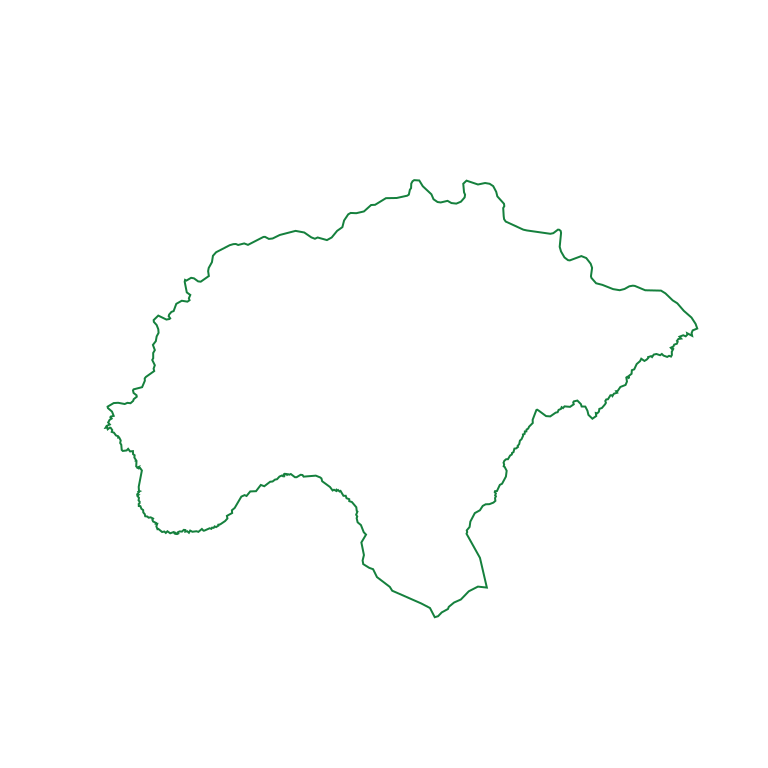 outline of Chembe, Luapula, Zambia, rotated 134°
{"feature_id": "96606910B10415646720486", "entity_name": "Chembe", "entity_type": "district", "adm_level": 2, "iso_a3": "ZMB", "parent_name": "Zambia", "parent_adm1": "Luapula", "projection": "orthographic", "projection_center": [28.787, -11.746], "detail": "fine", "context": "isolated", "style": "outline", "palette": "green", "viewbox_px": 768, "rotation_deg": 134, "n_neighbors": 0, "source": "geoboundaries", "source_scale": "gbopen_adm2", "svg_char_len": 6154}
<svg xmlns="http://www.w3.org/2000/svg" viewBox="0 0 768 768"><g transform="rotate(134 384 384)"><path d="M516.5,185.5L513.5,183.8L508.2,183.8L501.4,181.7L499.3,182.6L492.5,181.8L485.6,179.0L474.2,179.0L464.5,175.7L459.0,168.6L442.4,194.2L434.4,220.6L432.7,221.3L431.8,222.8L427.4,223.1L423.0,226.3L413.8,229.0L408.2,227.3L403.1,228.3L399.9,227.3L397.2,224.7L393.3,222.9L390.7,222.7L388.9,224.9L387.0,225.5L386.9,226.7L385.0,227.5L384.9,229.2L384.0,229.7L382.5,228.4L376.1,230.6L373.7,229.8L365.9,232.0L361.2,235.5L359.8,239.7L360.1,240.7L358.4,241.7L357.6,243.3L355.6,244.1L353.3,243.9L352.0,242.6L347.9,243.6L345.9,243.1L344.6,244.0L343.1,243.5L339.9,245.3L338.5,244.2L336.2,243.9L335.8,244.8L333.3,245.0L330.3,246.9L328.3,246.7L324.5,248.0L323.8,249.0L322.2,248.2L320.3,249.7L319.2,248.7L317.7,249.8L315.9,249.3L313.9,250.0L308.7,249.9L306.5,252.2L296.9,256.3L296.1,256.0L295.7,254.3L294.5,245.1L291.8,241.9L285.3,240.6L283.7,239.5L281.3,240.4L279.1,239.4L277.3,240.1L277.0,238.5L274.7,238.6L271.2,234.3L266.8,233.4L265.8,235.1L264.7,235.4L261.6,233.4L261.7,228.4L262.9,226.2L260.4,223.5L261.9,219.1L264.2,215.5L264.2,210.0L259.6,209.1L257.7,211.5L256.9,210.2L254.6,210.2L252.3,211.8L249.9,210.6L245.0,210.9L243.4,211.3L242.5,213.0L240.7,213.4L239.4,212.3L234.8,213.3L233.8,212.3L234.0,211.3L231.3,211.9L228.3,210.2L227.9,212.0L226.7,211.1L221.9,211.9L216.9,209.6L213.5,210.9L211.0,214.2L209.9,214.0L209.7,212.2L209.2,212.2L208.2,213.5L204.7,213.0L201.9,215.3L199.6,214.2L194.1,216.1L189.7,215.7L187.1,216.5L186.5,212.7L184.0,212.0L181.7,212.0L181.2,212.7L178.4,211.2L178.4,209.9L175.5,210.4L173.2,208.9L171.5,205.4L169.4,205.0L169.4,202.7L167.8,199.1L165.7,198.5L164.9,196.6L163.1,197.1L160.9,199.4L157.8,200.3L157.8,201.1L158.8,201.4L158.7,202.9L155.9,201.9L154.1,202.6L151.6,201.3L149.6,202.1L149.5,203.2L147.1,203.5L144.9,201.8L144.7,204.3L141.1,202.6L140.1,200.1L137.6,200.1L136.9,201.2L135.3,195.8L133.7,198.1L131.0,199.2L126.5,197.2L124.3,201.6L122.6,209.0L123.1,219.2L122.2,229.1L123.3,234.4L123.3,244.5L124.4,249.6L135.1,261.2L139.2,271.7L140.4,273.3L143.3,275.4L148.6,277.0L152.8,279.6L156.6,285.1L161.0,295.8L164.2,301.4L163.6,308.5L162.7,310.0L155.9,315.0L153.9,318.9L152.9,326.0L154.9,330.9L166.0,336.2L167.1,337.7L167.6,342.1L165.7,348.7L163.3,352.9L152.3,361.6L151.2,363.2L151.3,365.0L152.1,366.1L157.9,367.0L160.4,368.7L174.3,387.9L176.2,391.0L182.6,409.3L182.0,412.1L180.2,414.4L174.6,420.5L172.5,421.0L171.0,422.9L170.3,432.8L167.8,436.8L165.8,442.9L166.6,447.1L169.2,450.9L175.2,455.0L180.4,465.9L184.9,466.1L190.5,459.6L191.5,457.2L193.8,455.6L199.4,455.3L204.0,457.3L207.0,461.2L208.1,465.5L214.0,469.3L215.9,471.9L216.7,476.7L214.6,481.7L214.8,493.5L213.1,500.0L216.4,503.9L218.3,504.3L220.9,503.6L224.3,500.6L226.3,500.3L230.5,497.7L232.4,498.1L241.4,504.1L249.0,511.7L261.3,514.9L264.2,517.6L273.8,518.3L280.4,522.6L284.1,526.8L286.8,527.6L294.1,526.3L300.1,522.9L306.4,524.1L314.9,523.4L320.1,525.0L324.7,533.5L327.5,534.6L329.0,538.1L330.4,546.6L335.3,554.0L349.2,562.5L356.7,565.2L359.6,567.6L360.8,571.8L362.0,572.9L378.4,578.5L380.0,582.2L385.3,585.5L386.2,587.8L388.0,589.5L391.3,591.4L405.8,596.3L410.6,596.1L415.9,592.4L422.3,590.7L425.0,588.9L428.0,585.0L437.7,586.9L439.3,589.0L440.0,594.1L441.6,596.5L446.9,598.0L447.3,599.4L448.9,598.4L455.1,589.5L454.5,585.2L457.9,583.9L458.8,582.1L461.3,582.6L464.6,587.3L470.6,589.1L477.7,586.0L479.8,587.0L483.3,586.8L484.8,586.0L485.3,583.4L486.3,583.5L488.8,585.3L491.6,593.9L498.0,594.1L499.2,592.7L499.5,588.5L501.4,584.4L503.8,581.7L507.7,580.6L511.7,577.9L516.4,577.4L518.8,572.4L522.0,571.6L525.8,567.9L527.7,567.4L529.7,561.9L533.0,560.4L534.3,558.3L544.4,560.2L546.2,560.0L547.8,558.3L554.3,555.8L561.8,560.4L563.0,560.1L564.4,557.9L564.0,554.2L564.9,553.0L568.8,553.5L570.4,552.7L573.9,553.0L575.8,555.5L578.5,556.6L582.2,562.2L585.5,565.2L592.3,567.1L593.1,565.9L592.8,560.5L594.7,556.3L597.2,557.9L597.9,557.8L598.1,555.9L600.3,556.5L603.3,555.7L603.6,553.1L606.8,554.4L608.9,553.9L607.6,552.9L608.5,551.3L605.8,550.9L605.4,550.2L605.9,547.5L607.6,546.6L606.6,544.5L607.2,541.1L606.3,539.0L607.2,538.0L606.4,537.4L607.5,534.2L609.7,532.8L610.2,530.8L613.6,526.9L613.6,525.4L610.6,523.0L608.4,523.0L608.9,519.8L606.7,518.0L608.8,515.7L608.5,513.9L610.3,512.5L611.1,509.3L611.7,509.2L611.4,508.5L615.4,505.0L615.4,503.4L614.7,503.1L615.5,503.0L615.1,501.7L613.8,501.4L614.4,498.1L628.4,489.0L631.1,486.0L630.8,485.3L632.1,485.8L632.2,485.1L634.8,484.9L635.4,483.8L635.1,484.0L634.7,483.6L635.8,483.6L636.1,481.2L638.2,479.7L638.4,478.0L639.6,477.0L640.7,477.1L642.1,475.6L641.1,474.4L642.3,471.8L642.0,469.7L643.6,467.9L643.8,465.7L645.0,463.9L643.7,462.1L643.7,460.5L642.0,459.2L641.2,456.6L642.6,456.3L643.3,454.6L642.3,451.5L643.1,451.1L642.1,450.0L644.5,448.9L645.8,446.1L645.0,445.7L644.6,440.8L642.7,439.5L642.7,437.5L640.4,437.5L639.9,434.1L636.5,432.4L636.9,431.3L636.2,430.9L636.8,430.1L635.7,428.6L634.6,428.2L634.6,429.3L633.8,429.3L632.0,428.6L630.5,426.8L628.0,426.7L627.1,425.5L628.3,424.4L626.6,423.3L626.5,421.0L624.1,421.6L623.4,419.2L620.2,416.6L619.3,414.8L614.8,414.3L614.9,412.0L614.3,411.4L608.9,409.2L608.1,407.6L606.8,407.9L605.8,406.6L604.1,406.9L603.6,405.4L600.8,404.7L600.3,405.4L598.7,404.3L593.0,403.1L589.5,403.2L588.0,405.4L582.3,403.6L580.5,405.7L576.9,405.3L564.1,408.4L560.8,407.1L560.0,405.1L554.2,405.6L550.0,401.6L542.2,402.5L540.7,399.1L533.4,398.0L531.5,396.4L528.5,396.0L526.8,394.8L523.2,394.9L520.8,393.9L520.5,392.6L519.0,393.1L519.1,392.0L517.5,392.9L516.6,391.8L516.7,390.6L515.6,390.5L515.1,389.2L513.5,388.5L512.9,383.3L511.7,382.1L507.2,380.9L506.1,379.4L506.5,377.5L497.3,369.4L495.5,364.9L495.4,363.4L496.9,360.9L495.6,351.3L496.3,347.0L494.8,346.5L494.1,344.1L493.3,344.5L493.4,343.7L492.2,343.5L492.2,341.3L491.1,341.0L492.6,335.5L491.0,333.9L492.2,331.6L491.0,329.0L492.4,327.6L491.2,325.1L491.9,318.3L494.2,315.5L494.2,314.5L497.4,313.2L497.9,311.2L499.5,310.5L501.8,306.9L501.5,302.6L504.7,295.6L504.8,292.3L513.7,290.2L521.0,279.6L525.8,276.8L528.0,273.8L526.5,266.9L524.8,263.2L527.8,254.9L525.9,238.9L527.0,234.5L516.0,204.8L513.2,195.3L516.5,185.5Z" fill="none" stroke="#15803d" stroke-width="2"/></g></svg>